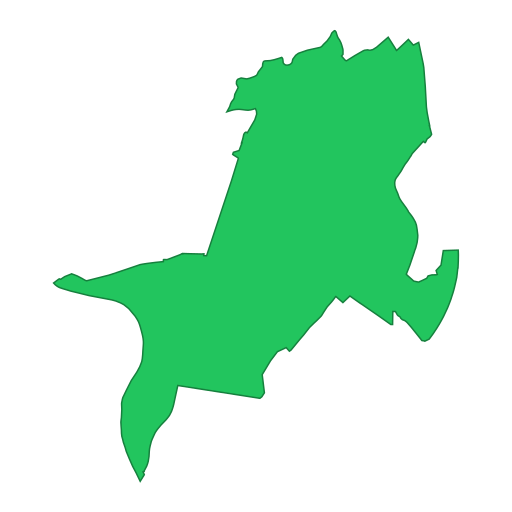 outline of Oegstgeest, Zuid-Holland, Netherlands
{"feature_id": "6326949B10569140780030", "entity_name": "Oegstgeest", "entity_type": "district", "adm_level": 2, "iso_a3": "NLD", "parent_name": "Netherlands", "parent_adm1": "Zuid-Holland", "projection": "orthographic", "projection_center": [4.472, 52.183], "detail": "fine", "context": "isolated", "style": "filled", "palette": "green", "viewbox_px": 512, "rotation_deg": 0, "n_neighbors": 0, "source": "geoboundaries", "source_scale": "gbopen_adm2", "svg_char_len": 5947}
<svg xmlns="http://www.w3.org/2000/svg" viewBox="0 0 512 512"><path d="M140.2,481.3L144.3,474.7L143.6,473.0L143.0,471.9L144.1,471.4L144.0,471.2L145.6,468.2L146.7,466.1L147.5,463.9L148.2,461.5L149.0,456.5L149.3,451.1L149.6,448.5L150.1,446.1L151.3,441.4L152.2,439.1L154.2,434.7L155.2,432.6L156.5,430.6L157.9,428.7L161.0,425.0L166.1,419.7L167.8,417.6L169.4,415.5L170.5,413.4L171.6,411.2L172.4,408.9L173.1,406.7L173.7,404.4L175.2,397.4L177.8,385.5L259.9,398.3L261.7,396.9L261.9,396.7L264.4,392.8L262.2,374.6L270.5,360.8L277.4,351.7L286.2,347.6L289.4,351.2L291.0,350.1L294.8,345.5L299.3,340.0L303.7,334.9L309.1,328.0L309.8,327.2L312.7,324.4L314.0,323.1L316.5,320.8L318.4,318.9L320.1,317.2L321.0,316.3L321.7,315.4L322.2,314.6L323.6,312.3L326.2,308.3L327.3,306.7L328.1,305.8L331.5,302.0L333.2,299.9L335.7,296.5L335.8,296.5L336.0,296.6L342.9,302.6L349.9,296.0L359.8,303.0L359.8,302.9L378.5,315.8L383.6,319.4L390.8,324.5L392.6,324.5L392.8,311.5L395.3,311.5L395.5,311.6L397.2,314.7L397.7,315.3L398.1,315.7L399.9,316.8L400.2,317.2L400.5,317.7L400.9,318.4L401.2,318.7L401.7,319.1L402.4,319.7L404.6,320.5L406.0,321.5L406.8,322.2L407.4,322.8L411.3,327.3L417.1,334.5L420.6,338.9L421.8,340.5L422.8,340.7L424.4,340.9L424.8,341.2L429.2,339.1L432.8,334.2L433.9,332.6L435.0,330.9L436.6,328.5L439.3,324.1L441.3,320.6L443.5,316.5L447.5,308.0L449.0,304.3L450.9,299.3L451.9,296.1L452.8,293.4L453.6,290.7L454.5,287.3L455.7,282.1L456.7,277.6L457.2,273.5L457.8,267.9L458.0,267.9L458.3,261.2L458.4,255.1L458.3,251.8L458.2,250.1L443.3,250.6L441.0,265.2L440.4,265.8L436.1,270.5L437.3,274.5L436.4,274.8L431.9,274.9L430.0,275.4L428.1,275.9L426.9,278.0L426.5,278.4L421.5,280.8L419.8,281.5L418.6,282.1L416.6,281.7L414.8,281.3L413.8,281.1L413.6,281.0L413.4,280.8L412.1,279.6L407.3,275.3L406.3,274.2L409.8,265.3L414.3,252.0L414.8,250.3L415.7,248.0L416.2,246.1L416.9,243.4L417.2,242.0L417.7,237.8L417.8,235.4L417.1,229.4L416.8,227.5L416.4,225.1L415.8,223.4L415.4,222.2L414.7,220.9L413.2,218.2L412.4,217.0L411.5,215.7L410.9,214.9L408.5,211.9L408.3,211.4L408.1,210.9L407.0,209.2L406.6,208.5L403.2,203.8L401.5,201.5L400.3,199.6L399.7,198.6L398.9,196.8L398.1,194.5L397.6,193.1L396.4,190.4L395.9,189.2L395.5,188.3L395.1,186.6L394.8,185.2L394.8,184.7L394.7,182.5L394.8,182.1L394.9,181.6L394.9,181.2L395.0,180.8L395.2,180.0L395.7,178.9L395.9,178.5L397.0,176.9L397.5,176.3L399.3,173.7L400.5,172.0L401.3,170.8L403.1,167.5L404.4,165.4L405.1,164.2L405.9,163.2L406.9,161.9L408.3,159.9L409.4,158.2L410.2,156.9L410.9,156.0L412.2,153.6L423.3,141.4L425.0,142.7L425.3,142.6L425.6,142.1L426.5,140.3L426.8,139.5L427.2,138.9L430.0,136.7L430.9,135.5L431.6,134.3L429.4,125.7L429.7,125.7L428.8,121.4L427.2,112.9L426.7,109.2L426.4,106.8L425.5,90.6L425.3,86.8L423.8,67.6L423.2,63.8L418.7,42.4L413.3,45.1L408.4,39.4L402.1,45.4L396.6,50.5L396.0,49.8L396.1,49.7L388.2,37.2L376.5,47.3L372.8,49.6L371.1,50.0L370.4,50.2L369.0,50.2L368.0,49.9L367.2,49.9L365.7,50.1L364.8,50.2L364.1,50.4L363.5,50.7L362.8,51.0L362.0,51.5L360.4,52.4L355.0,55.5L346.5,60.8L345.8,60.6L345.3,60.3L345.0,60.0L344.6,59.6L341.5,56.0L342.8,54.6L343.0,54.3L343.0,54.0L343.0,51.5L343.0,50.1L342.8,48.9L341.8,45.3L340.9,42.7L339.8,40.5L339.2,39.4L338.6,38.7L338.0,37.6L337.6,36.8L337.2,35.7L336.6,33.9L336.1,32.1L335.3,31.0L335.0,30.8L334.8,30.7L334.5,30.7L334.3,30.8L333.6,31.3L332.0,32.8L331.8,33.1L331.6,33.5L330.3,36.5L327.1,40.9L323.3,44.6L322.3,45.9L320.5,47.3L307.4,50.2L298.4,53.3L295.7,55.3L292.8,59.2L292.7,59.6L292.1,62.3L291.8,62.8L291.4,63.3L290.5,64.1L289.8,64.5L289.0,64.8L287.6,65.1L286.3,65.1L285.4,64.9L284.7,64.5L284.1,64.0L283.6,63.4L283.1,62.5L283.1,61.8L283.0,60.8L282.9,59.8L282.7,58.8L282.3,58.0L281.9,57.6L281.7,57.4L278.7,58.4L275.0,59.5L273.9,59.8L270.1,60.6L265.0,60.9L263.9,61.3L263.5,61.6L263.1,62.5L262.7,63.9L262.5,66.4L262.1,67.1L258.4,71.8L257.1,74.6L256.3,75.5L254.2,76.6L249.7,78.2L246.7,78.9L241.1,78.0L237.9,79.2L237.3,79.8L236.9,80.5L236.5,81.5L236.4,83.9L237.8,86.7L238.1,87.4L238.0,87.9L235.2,93.5L234.8,94.4L234.2,98.0L233.9,98.7L233.4,99.5L232.6,100.5L231.5,102.0L230.9,103.2L230.6,103.8L229.8,106.3L229.5,107.0L226.9,111.8L227.8,111.5L231.7,110.3L233.8,109.8L235.8,109.5L237.0,109.4L239.1,109.3L242.2,109.6L245.3,110.0L247.7,110.2L248.4,110.2L250.6,109.9L252.3,109.5L255.4,108.6L256.4,111.0L256.7,114.1L254.8,119.9L247.3,132.8L246.0,132.1L244.9,132.7L244.2,133.6L243.7,134.6L243.0,137.9L242.4,140.2L241.5,142.9L242.0,142.9L239.1,150.5L233.4,152.3L232.7,154.3L233.3,154.7L233.3,154.9L238.1,157.9L238.3,158.6L231.4,181.0L206.6,255.7L203.7,255.6L203.9,253.8L201.5,254.0L188.5,253.7L182.8,253.5L182.8,253.9L181.6,253.8L180.6,254.5L167.7,259.4L166.9,259.6L163.8,259.5L163.6,259.6L163.4,259.8L163.4,260.0L163.4,261.6L155.4,262.4L146.8,263.5L142.9,264.1L140.2,264.6L127.3,269.0L111.5,274.3L108.7,275.2L104.7,276.2L94.5,278.8L86.6,280.8L85.2,280.3L84.1,279.7L82.1,278.5L80.4,277.6L77.1,275.9L75.3,275.2L73.5,274.5L72.5,274.2L71.7,273.8L70.5,274.3L65.0,276.5L63.5,277.4L60.7,279.3L60.4,279.2L59.7,278.9L59.4,278.9L59.0,279.0L58.5,279.3L53.6,283.0L55.3,284.8L57.1,286.2L58.6,287.1L59.9,287.7L63.2,288.8L66.6,289.8L70.8,291.1L78.2,292.9L89.1,295.6L105.5,298.7L111.8,299.9L114.0,300.5L115.8,301.0L117.8,301.8L120.1,302.7L121.9,303.6L123.9,304.7L128.4,308.3L129.3,309.2L132.8,313.4L134.0,314.8L135.3,316.4L136.9,318.9L137.8,320.5L138.5,321.8L138.9,322.8L139.7,325.0L140.4,327.3L141.5,331.3L142.4,334.9L142.8,336.8L143.1,338.6L143.3,340.4L143.4,341.7L143.4,343.7L143.3,345.3L142.9,350.8L142.7,354.5L142.3,358.6L142.1,359.7L141.8,361.4L141.5,362.3L141.1,363.3L140.3,365.3L139.7,366.9L139.1,367.9L137.3,371.3L136.4,372.8L131.3,380.5L126.4,390.2L123.7,395.8L122.9,397.4L122.4,399.1L121.6,403.2L121.6,404.4L121.8,409.5L121.4,417.7L121.0,420.7L120.9,422.3L121.1,426.0L121.4,429.9L121.5,433.3L121.7,435.1L121.8,436.1L122.2,437.6L122.7,439.4L123.4,442.4L124.1,444.4L125.2,447.6L126.1,450.8L126.4,451.7L129.3,458.7L132.7,466.4L135.2,471.1L136.2,473.0L140.2,481.3Z" fill="#22c55e" stroke="#15803d" stroke-width="1.5"/></svg>